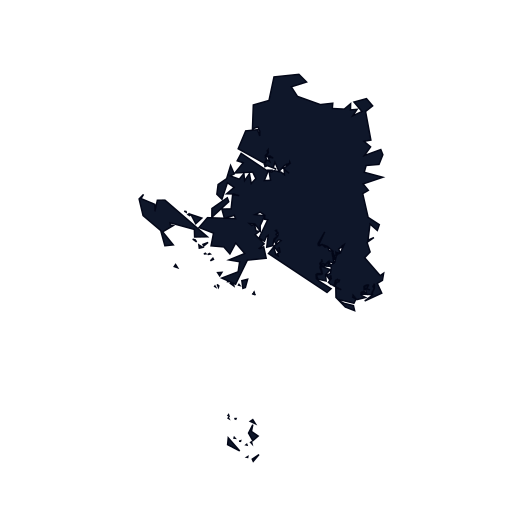 outline of San Lorenzo, Chiriquí, Panama, rotated 24°
{"feature_id": "35544464B69995284434654", "entity_name": "San Lorenzo", "entity_type": "district", "adm_level": 2, "iso_a3": "PAN", "parent_name": "Panama", "parent_adm1": "Chiriquí", "projection": "albers", "projection_center": [-82.13, 8.214], "detail": "fine", "context": "isolated", "style": "filled", "palette": "ink", "viewbox_px": 512, "rotation_deg": 24, "n_neighbors": 0, "source": "geoboundaries", "source_scale": "gbopen_adm2", "svg_char_len": 6192}
<svg xmlns="http://www.w3.org/2000/svg" viewBox="0 0 512 512"><g transform="rotate(24 256 256)"><path d="M351.9,196.0L347.1,180.4L356.4,183.3L355.9,177.2L342.7,175.1L328.1,155.6L331.9,150.3L324.5,146.6L339.8,132.5L320.8,135.5L319.8,128.5L331.1,122.3L330.7,111.9L326.7,108.0L314.1,120.2L316.3,109.7L308.0,107.3L313.8,103.4L297.3,79.4L301.5,71.4L292.9,67.3L282.9,75.5L294.0,80.9L287.4,88.6L288.7,80.9L282.9,84.1L280.5,78.4L276.9,85.9L265.7,90.2L264.0,85.2L253.2,91.5L228.9,93.3L219.4,87.1L231.4,76.5L221.3,72.6L199.6,85.1L204.6,108.6L192.1,119.1L201.1,141.4L205.2,137.3L208.7,140.4L210.6,144.8L206.0,140.0L195.7,145.9L196.1,165.3L225.7,167.9L226.2,163.3L223.6,160.6L224.8,156.9L223.4,155.3L223.8,153.8L225.3,156.8L224.7,161.5L227.9,158.9L231.9,159.5L226.7,160.6L230.3,164.3L226.9,163.7L226.5,169.0L235.8,168.5L235.2,162.7L242.6,169.4L245.1,162.1L246.4,159.9L249.0,157.7L248.6,156.4L249.6,157.3L245.7,165.0L252.6,167.0L246.5,165.5L248.9,170.2L244.7,169.2L237.8,170.7L236.0,173.2L233.6,173.5L238.5,180.9L232.9,183.7L232.5,173.8L200.7,168.3L200.1,176.7L206.4,176.0L203.0,188.7L218.9,180.7L224.4,185.3L222.2,191.7L216.5,183.5L214.9,191.8L211.4,185.6L209.5,192.6L199.9,193.3L202.7,189.9L196.0,183.7L197.7,197.3L192.3,206.1L195.1,215.5L201.8,218.0L200.1,200.7L208.1,202.2L203.9,211.1L210.5,208.4L216.2,207.7L209.7,209.5L214.1,223.1L205.7,227.0L211.8,234.4L219.6,227.7L222.2,230.2L196.1,240.7L192.4,253.1L207.9,252.4L210.8,265.0L222.9,260.8L231.3,264.7L232.2,252.4L244.7,258.3L232.9,270.6L243.4,267.9L246.1,277.7L233.7,290.1L248.8,290.1L249.8,263.3L266.2,253.9L259.3,244.5L256.6,247.7L255.8,247.7L258.5,241.6L246.5,236.9L249.0,232.2L245.8,233.0L241.5,227.5L239.9,229.9L236.7,229.0L241.8,227.1L249.7,231.4L247.4,226.4L247.6,215.8L238.2,218.6L242.0,214.2L247.4,215.2L249.0,218.9L252.0,218.1L251.5,238.2L257.7,239.1L257.6,234.1L258.7,232.2L262.2,243.6L267.1,239.7L265.5,233.4L267.6,228.8L265.6,228.4L265.6,227.6L266.4,225.8L263.6,225.0L263.7,224.4L265.0,223.8L263.7,225.0L266.7,225.7L267.8,228.7L266.3,234.8L268.7,236.4L269.9,232.2L271.3,231.7L272.7,231.8L268.3,239.8L275.6,243.7L273.0,240.5L273.0,239.9L274.0,239.1L276.4,242.7L273.9,246.3L275.5,245.6L276.5,247.1L274.0,246.9L268.4,240.8L266.4,248.7L335.7,260.4L337.9,255.3L322.9,253.2L320.4,252.2L318.4,248.5L319.0,247.2L323.5,245.3L318.9,240.3L318.9,238.6L326.9,235.7L325.1,233.5L324.6,231.6L322.9,235.8L322.0,236.0L320.2,235.7L319.6,237.3L317.8,237.6L317.3,236.7L318.5,233.9L317.1,232.3L318.7,233.8L317.5,237.0L318.8,237.4L320.2,235.5L322.8,235.7L324.2,231.6L329.9,230.7L324.3,222.3L324.4,220.6L320.4,221.4L318.1,218.6L315.6,219.8L311.8,218.8L310.1,220.7L309.0,220.9L308.0,220.1L307.6,219.1L309.0,206.0L308.8,220.7L311.8,218.5L317.2,218.2L324.2,220.2L329.4,227.9L327.7,223.5L328.9,222.1L327.6,220.5L328.0,220.0L328.8,220.0L329.6,221.0L329.6,219.7L331.6,218.9L328.7,216.1L329.9,213.8L331.0,213.6L330.4,212.8L330.4,211.8L331.9,209.6L331.8,219.1L329.6,221.3L327.9,220.5L329.2,222.3L330.5,229.9L327.7,234.8L329.5,235.9L331.1,241.6L328.2,244.9L332.8,247.7L332.0,243.2L334.0,245.9L332.8,250.6L336.1,251.6L340.2,250.8L339.0,248.9L340.3,247.7L338.9,247.7L338.5,246.0L339.9,244.2L341.6,244.9L341.9,245.9L341.9,243.3L342.4,245.7L341.6,246.1L340.1,244.4L338.8,246.0L340.6,247.5L340.4,250.7L338.0,251.6L347.7,252.1L341.9,252.7L345.9,261.3L358.4,266.3L368.3,265.8L365.2,261.7L355.6,263.4L351.2,263.1L350.2,261.9L364.7,259.3L364.8,254.7L361.1,254.4L360.6,252.3L365.9,254.8L372.9,249.4L368.3,249.1L366.7,247.0L367.8,245.3L371.3,245.7L369.2,244.2L367.1,240.0L367.3,239.1L369.4,237.0L370.5,236.9L370.9,237.3L370.3,240.9L374.0,240.6L370.2,241.1L370.3,237.1L367.5,239.3L371.9,244.7L371.5,245.9L370.7,246.6L367.6,245.9L367.6,248.1L377.9,244.0L376.8,242.8L377.1,237.7L375.2,236.3L375.5,232.9L377.4,237.7L377.3,242.8L378.5,244.0L373.6,252.9L386.0,238.8L377.9,231.7L381.4,226.8L379.6,219.8L377.4,223.4L356.0,213.4L358.6,205.9L351.9,198.4L356.2,191.2L351.9,196.0ZM150.1,242.0L143.2,245.2L145.5,256.4L142.5,250.0L127.6,250.3L128.2,245.5L126.0,251.4L136.4,265.0L158.6,271.5L168.6,283.7L175.9,279.5L160.9,271.9L168.0,261.9L165.0,262.5L164.0,260.6L188.9,256.8L192.2,263.6L203.8,258.2L150.1,242.0ZM209.0,217.5L206.1,214.5L196.4,230.5L199.9,238.6L209.0,217.5ZM329.5,238.3L319.1,238.9L323.8,245.0L323.1,246.4L319.0,248.4L321.8,252.0L330.3,250.3L327.1,244.9L329.5,238.3ZM191.1,243.4L179.7,244.5L187.8,251.0L191.1,243.4ZM320.4,440.7L304.6,433.4L306.8,439.9L320.4,440.7ZM321.7,411.4L321.2,420.8L328.2,426.0L331.2,419.6L323.2,418.1L321.7,411.4ZM257.8,280.6L253.1,284.3L257.2,290.9L259.1,289.1L257.8,280.6ZM337.0,444.7L339.5,436.2L335.2,443.1L337.0,444.7ZM323.6,409.5L319.6,406.8L318.0,409.4L323.6,409.5ZM189.1,298.6L186.0,296.5L185.6,298.9L189.1,298.6ZM203.8,269.8L199.3,269.1L201.0,271.9L203.8,269.8ZM206.7,263.1L202.8,267.0L204.2,268.1L206.7,263.1ZM230.9,288.9L231.5,284.8L227.7,286.8L230.9,288.9ZM233.1,173.1L236.5,170.8L232.3,172.6L233.1,173.1ZM196.0,267.3L194.0,266.0L191.3,266.3L196.0,267.3ZM216.3,278.9L218.5,276.4L217.5,275.6L216.3,278.9ZM247.5,291.7L242.9,291.3L248.0,292.4L247.5,291.7ZM211.3,274.3L213.4,272.8L212.5,272.6L211.3,274.3ZM179.6,246.1L177.6,244.7L177.0,245.8L179.6,246.1ZM325.3,233.0L327.7,233.8L325.5,232.2L325.3,233.0ZM234.2,298.4L232.1,297.8L234.4,299.8L234.2,298.4ZM238.4,168.3L236.3,168.4L238.5,168.6L238.4,168.3ZM328.7,429.2L327.5,427.6L326.9,428.4L328.7,429.2ZM228.9,169.6L227.0,169.4L227.8,170.7L228.9,169.6ZM270.0,290.9L268.9,289.7L268.8,290.3L270.0,290.9ZM207.6,275.4L209.3,274.4L208.6,274.1L207.6,275.4ZM270.8,291.5L267.7,292.1L271.3,291.7L270.8,291.5ZM323.7,432.6L324.7,432.4L324.1,431.8L323.7,432.6ZM174.0,243.8L172.2,244.2L174.4,244.4L174.0,243.8ZM310.0,431.3L311.0,431.0L309.9,430.5L310.0,431.3ZM244.4,165.1L245.5,164.2L245.0,163.4L244.4,165.1ZM302.4,413.3L303.9,413.3L303.9,412.6L302.4,413.3ZM240.5,291.0L241.8,290.5L240.5,290.4L240.5,291.0ZM315.9,432.1L317.2,431.6L317.1,431.0L315.9,432.1ZM295.3,413.1L296.3,413.1L295.5,412.2L295.3,413.1ZM253.1,289.5L252.0,288.9L251.9,289.7L253.1,289.5ZM296.5,415.5L297.4,415.6L296.6,414.9L296.5,415.5ZM230.6,300.6L231.5,300.7L230.7,300.1L230.6,300.6ZM329.4,443.6L330.3,443.4L330.1,442.6L329.4,443.6ZM247.3,161.0L246.5,160.3L246.4,160.6L247.3,161.0Z" fill="#0f172a" stroke="#020617" stroke-width="1.5"/></g></svg>